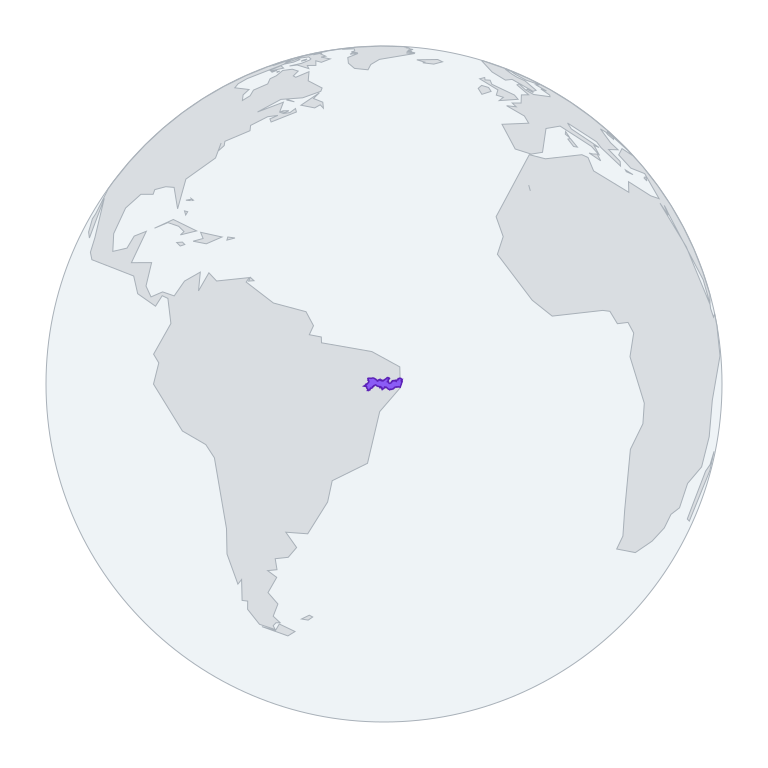 the Earth from above Pernambuco
{"feature_id": "BRA-1313", "entity_name": "Pernambuco", "entity_type": "State", "adm_level": 1, "iso_a3": "BRA", "parent_name": "Brazil", "parent_adm1": "", "projection": "orthographic", "projection_center": [-37.928, -8.379], "detail": "fine", "context": "on_globe", "style": "filled", "palette": "violet", "viewbox_px": 768, "rotation_deg": 0, "n_neighbors": 0, "source": "natural_earth", "source_scale": "10m", "svg_char_len": 11297}
<svg xmlns="http://www.w3.org/2000/svg" viewBox="0 0 768 768"><circle cx="384" cy="384" r="338" fill="#eef3f6" stroke="#a8b0b8"/><path d="M268.4,66.5L269.0,66.5L277.4,63.7L273.1,65.6L283.6,62.0L285.8,60.9L291.2,59.2L296.4,57.9L291.8,59.6L288.6,60.5L290.0,60.4L285.5,62.0L290.6,60.4L284.5,63.4L298.2,58.7L299.7,59.6L293.6,62.1L284.3,64.1L247.2,78.6L238.2,83.7L234.8,87.8L249.0,89.5L243.1,94.9L242.4,100.5L250.1,95.8L253.5,90.1L267.7,83.9L270.1,78.7L276.3,75.8L282.7,70.5L292.3,69.2L298.2,71.1L293.3,75.9L295.7,77.3L309.0,71.7L308.2,80.8L322.1,88.0L320.8,91.3L302.7,97.8L280.9,99.4L257.5,112.0L283.4,102.2L279.6,112.1L283.4,113.5L289.9,112.6L295.5,108.5L296.4,112.0L271.1,122.0L269.9,118.9L277.9,115.4L267.7,116.7L250.6,125.4L250.0,130.7L224.9,141.3L224.2,145.6L218.3,150.9L221.1,143.0L215.5,158.0L185.9,179.1L177.6,208.8L174.1,187.4L165.8,186.7L154.8,189.6L153.1,194.3L140.9,194.3L125.6,208.0L113.7,233.6L112.8,251.4L127.0,248.1L134.2,236.1L146.3,231.3L131.4,262.7L151.6,262.6L146.0,286.0L151.0,296.9L162.6,291.9L174.2,295.9L184.5,281.1L200.3,272.1L198.5,290.9L208.9,272.8L216.6,281.0L249.2,277.6L246.2,282.1L273.4,303.0L306.0,311.7L313.5,325.7L309.3,334.7L321.3,337.0L321.5,342.8L371.9,351.6L399.8,366.9L400.3,387.7L379.7,411.6L367.5,463.3L332.2,480.7L327.6,502.0L307.7,533.8L285.8,532.2L296.6,547.5L288.2,557.3L275.2,558.7L277.0,569.7L267.6,570.6L276.7,577.4L268.0,592.6L277.9,604.0L273.2,616.2L280.1,622.7L275.9,622.8L273.2,625.7L275.2,629.5L259.5,624.3L247.6,609.3L247.7,601.1L242.1,600.4L241.6,579.5L237.9,584.1L227.0,554.0L226.5,528.6L214.4,457.8L205.8,444.6L182.4,431.0L153.5,384.1L158.8,362.9L153.6,354.2L170.9,323.5L167.9,298.4L162.2,295.7L155.5,306.2L137.7,293.7L133.7,276.0L91.9,259.7L90.4,252.3L94.9,237.7L104.3,198.3L89.4,238.0L88.6,232.0L92.4,218.8L95.7,213.8L105.6,194.1L108.1,189.0L113.4,181.6L128.8,162.5L145.5,144.6L163.4,128.0L182.5,112.7L202.7,98.8L223.8,86.5L245.8,75.7L268.4,66.5ZM173.3,219.5L196.6,230.9L180.4,234.9L184.0,231.6L178.7,226.3L167.9,222.6L154.5,228.2L173.3,219.5ZM190.2,200.6L185.9,200.2L190.5,199.4L190.2,200.6ZM277.0,71.7L279.8,71.1L277.1,72.4L277.0,71.7ZM277.2,70.2L272.1,72.2L271.5,71.8L274.6,70.6L277.2,70.2ZM283.6,68.1L270.9,70.9L269.9,70.4L280.9,65.7L283.6,68.1ZM284.3,61.3L282.1,62.3L279.2,62.9L284.3,61.3ZM284.4,61.1L281.1,62.2L276.5,63.6L284.4,61.1ZM302.2,56.1L302.6,56.0L298.3,57.1L293.1,58.6L289.2,59.7L291.5,59.0L302.2,56.1ZM299.8,56.8L306.9,55.0L309.4,54.5L297.2,57.6L299.8,56.8ZM322.1,53.2L317.3,53.8L319.4,53.0L322.1,53.2ZM311.3,54.0L309.4,54.4L308.6,54.6L311.3,54.0ZM318.9,52.4L318.5,52.5L326.9,51.2L325.3,51.7L312.1,53.8L314.0,53.4L318.9,52.4ZM287.9,635.9L261.9,626.6L275.5,630.5L279.3,624.0L295.0,631.5L287.9,635.9ZM301.5,619.0L309.3,615.2L312.7,617.0L308.2,620.1L301.5,619.0ZM709.9,294.5L710.0,303.7L703.2,279.8L668.5,213.7L665.5,207.5L665.0,206.7L664.2,205.4L668.4,215.3L660.0,203.2L686.3,246.8L693.9,265.5L710.2,304.9L710.5,308.2L713.5,317.1L714.6,313.9L716.9,325.8L720.0,355.7L712.3,400.3L709.2,436.7L701.6,466.9L687.6,483.4L679.5,507.8L671.0,514.3L664.3,527.9L652.1,541.1L635.3,552.6L616.7,549.0L622.9,536.1L624.7,509.9L630.4,449.3L642.9,423.8L644.3,403.2L630.0,356.7L633.7,333.0L628.0,322.4L617.4,323.7L609.9,311.3L602.7,310.4L552.2,316.1L532.2,300.2L497.4,254.3L503.2,236.6L496.1,216.7L529.3,154.7L545.4,158.8L581.9,154.7L588.0,157.5L593.6,170.9L628.8,192.3L628.5,181.7L650.7,195.8L659.1,198.7L644.7,173.6L630.8,168.1L618.7,154.9L622.0,148.6L632.7,155.6L628.3,150.8L613.4,137.4L607.5,131.0L607.2,132.4L613.5,137.7L613.5,139.3L607.8,134.6L605.9,132.2L600.4,128.9L610.6,142.8L618.1,149.8L608.6,149.5L620.1,161.4L620.5,166.0L601.1,147.7L596.6,141.8L567.5,123.0L571.3,128.9L599.1,147.5L594.1,145.5L599.5,155.4L591.5,146.4L560.1,126.1L546.0,128.5L542.5,152.3L531.2,154.1L515.2,149.0L502.0,124.3L528.7,123.2L524.4,116.0L506.6,105.7L516.2,106.8L512.2,103.0L521.1,103.0L521.4,94.9L528.6,94.8L517.0,84.9L519.1,83.9L525.4,89.8L533.6,94.5L550.0,96.7L549.7,95.1L540.8,88.9L546.5,91.0L535.8,84.8L539.4,84.8L526.0,80.1L515.3,74.3L511.1,71.4L505.1,69.1L511.9,74.1L516.8,77.1L524.9,80.8L536.1,90.3L533.0,91.3L512.1,79.4L505.4,80.1L492.1,72.0L481.9,61.0L483.4,61.0L506.3,69.0L528.5,78.6L550.1,89.7L570.7,102.4L590.4,116.5L609.1,131.9L626.6,148.7L642.8,166.7L657.7,185.8L671.2,205.9L683.2,227.0L693.7,248.8L702.6,271.4L709.9,294.5ZM528.7,185.1L530.3,190.7L530.3,190.8L528.7,185.1ZM250.3,277.3L254.0,280.7L248.6,281.1L250.3,277.3ZM176.7,242.5L182.4,242.1L184.8,244.5L180.2,246.0L176.7,242.5ZM227.8,237.0L235.0,238.0L226.9,240.1L227.8,237.0ZM200.6,232.3L222.0,237.0L206.3,243.8L193.1,241.2L203.1,238.5L200.6,232.3ZM184.5,210.9L187.7,211.7L185.7,215.0L184.5,210.9ZM193.5,200.2L192.0,200.6L191.1,198.4L193.5,200.2ZM281.0,111.5L283.1,110.8L289.0,110.7L284.9,112.6L281.0,111.5ZM322.8,102.2L323.4,108.2L320.2,104.8L314.7,107.9L301.0,105.2L319.4,92.8L313.5,98.5L322.8,102.2ZM287.9,99.6L294.4,101.8L286.5,100.0L287.9,99.6ZM481.6,85.4L488.6,87.5L491.1,91.4L481.9,94.3L478.2,88.4L481.6,85.4ZM497.9,89.9L479.7,78.8L484.7,77.5L485.0,79.9L490.1,80.2L491.9,84.3L514.4,95.0L518.1,99.3L499.2,100.6L503.4,97.3L496.3,95.1L497.9,89.9ZM424.6,62.1L416.8,59.8L437.7,59.5L442.5,61.8L433.8,64.1L422.8,62.8L424.6,62.1ZM305.5,60.2L301.1,61.2L302.4,60.4L307.1,59.0L305.5,60.2ZM319.7,53.5L325.7,56.2L321.1,57.1L330.2,58.9L321.4,62.3L315.8,60.8L315.9,65.4L307.3,65.5L308.8,68.6L297.2,65.0L289.5,66.0L301.4,63.4L309.7,60.0L310.9,58.9L308.7,56.9L296.3,58.6L302.4,56.4L310.1,54.5L314.1,53.7L308.8,55.2L317.9,53.2L313.3,54.8L319.7,53.5ZM404.6,46.7L401.7,46.6L404.0,46.7L404.6,47.0L409.3,47.8L405.9,47.8L409.2,48.2L409.7,48.8L413.1,49.5L408.1,50.1L411.9,51.2L407.3,50.9L415.2,52.9L407.1,51.8L406.9,53.1L414.8,53.5L379.4,59.4L370.8,64.5L368.0,69.8L354.5,68.4L348.4,63.2L347.8,57.5L358.0,53.5L350.1,54.2L352.6,52.7L357.8,52.8L351.3,51.9L354.8,50.9L354.2,48.8L342.6,49.3L342.1,49.0L348.4,48.3L343.5,48.6L355.0,47.4L354.9,47.3L356.7,47.2L380.7,46.1L404.6,46.7ZM344.5,48.4L343.1,48.6L329.3,50.7L322.1,51.8L325.8,51.1L330.4,50.4L330.6,50.3L330.8,50.3L344.5,48.4ZM589.1,153.0L592.8,154.0L597.2,154.1L600.7,160.8L589.1,153.0ZM567.9,139.1L570.3,138.5L577.4,147.1L573.6,146.5L567.9,139.1ZM565.6,131.5L569.9,137.9L565.3,134.1L565.6,131.5ZM527.1,89.3L529.0,88.9L531.5,90.5L533.3,92.6L527.1,89.3ZM645.8,177.0L646.9,181.0L644.1,178.1L644.3,177.2L645.8,177.0ZM625.4,169.9L633.0,174.6L626.3,171.7L625.4,169.9ZM709.9,470.5L689.3,521.1L687.3,519.0L693.5,502.6L705.6,471.1L710.1,464.6L714.1,451.3L709.9,470.5Z" fill="#d9dde1" stroke="#a8b0b8" stroke-width="1"/><path d="M401.7,379.1L401.9,379.2L402.1,379.3L402.2,379.6L402.1,380.0L402.1,379.9L402.0,379.7L402.0,379.9L401.8,379.6L401.9,380.0L401.7,380.2L401.6,380.3L401.8,380.2L401.7,380.4L401.7,380.7L401.8,380.7L402.0,380.8L402.0,381.2L402.2,381.3L402.1,381.6L402.0,382.2L401.9,382.3L401.8,382.2L401.6,382.0L401.7,382.4L401.8,382.4L401.7,382.9L401.5,383.1L401.4,383.4L401.4,383.7L401.4,383.9L401.4,384.0L400.9,385.2L400.7,385.7L400.7,385.8L400.6,386.2L400.3,386.6L400.2,387.2L399.9,387.1L399.3,387.0L398.8,387.0L398.4,386.9L398.3,386.7L398.2,386.7L397.5,386.9L397.0,387.2L396.9,387.2L396.5,387.1L396.4,387.1L396.4,386.9L395.9,387.0L395.4,387.1L395.2,387.1L394.8,387.3L394.7,387.4L394.5,387.5L394.5,387.8L393.8,388.2L393.7,388.5L393.2,388.9L392.6,388.9L391.8,389.4L391.4,389.3L390.3,389.2L390.1,389.3L389.8,389.8L389.7,389.7L389.4,389.5L389.3,389.4L388.7,389.3L388.3,389.1L387.1,387.9L386.9,387.8L386.6,387.7L386.4,387.3L386.1,387.4L385.7,387.6L385.4,387.5L385.3,387.2L385.2,387.0L385.0,386.9L384.9,386.9L384.7,387.0L384.7,387.5L384.0,388.2L383.8,388.5L383.6,388.6L383.1,388.8L382.8,389.0L382.7,389.2L382.5,389.4L382.2,389.6L382.1,389.4L381.9,388.8L381.9,388.7L381.8,388.4L381.7,388.3L381.8,388.2L381.7,388.1L381.9,388.0L381.9,387.7L381.7,387.6L381.4,387.8L381.2,387.9L380.8,387.7L380.6,387.4L380.8,387.0L380.9,386.9L380.8,386.7L380.5,386.6L380.3,386.7L380.1,386.8L380.1,387.1L380.1,387.4L380.0,387.5L379.9,387.6L379.5,386.9L379.5,386.7L379.1,386.6L378.9,386.4L378.6,386.3L378.4,386.4L378.1,386.4L377.9,386.4L377.6,386.1L377.1,386.0L376.9,385.9L376.7,385.8L376.4,385.6L376.2,385.2L375.9,385.0L375.6,384.9L375.4,384.9L374.2,385.6L373.8,385.6L373.7,385.7L373.7,385.8L373.8,386.2L373.8,386.3L373.7,386.4L373.4,386.5L373.1,386.6L372.7,386.6L372.5,386.8L372.7,387.2L372.6,387.5L372.1,387.9L371.6,388.1L371.3,388.3L371.0,388.3L370.9,388.2L370.7,388.1L370.3,388.3L370.1,389.4L370.0,389.6L370.0,389.8L369.8,389.9L369.6,389.8L369.3,390.0L369.2,390.1L368.9,390.2L368.8,390.4L368.7,390.5L368.3,390.6L368.0,390.5L367.8,390.4L367.5,390.4L367.6,390.2L367.8,390.0L367.9,389.8L367.9,389.5L367.8,389.2L367.5,388.9L367.2,388.7L366.9,388.2L366.7,387.9L366.7,387.6L366.7,387.3L366.8,387.0L366.7,386.8L366.5,386.7L366.4,386.8L366.3,386.7L366.2,386.6L366.1,386.4L365.7,386.5L365.5,386.4L365.5,386.1L365.4,386.0L365.2,386.0L364.8,386.1L364.6,386.2L364.4,386.2L364.2,386.2L363.9,386.1L364.5,385.8L364.9,385.6L365.0,385.5L365.2,385.1L365.6,384.9L365.7,384.7L365.9,384.5L365.9,384.3L366.1,384.3L366.4,384.3L366.5,384.4L366.7,383.9L366.8,383.9L367.0,384.0L367.2,383.7L367.4,383.6L367.5,383.3L367.9,383.0L368.3,382.6L368.5,382.4L368.7,382.0L368.8,381.3L368.8,380.9L368.7,380.8L368.5,380.6L368.1,380.5L368.0,380.4L368.1,380.2L368.3,379.9L368.3,379.7L368.2,379.5L368.1,379.4L367.9,379.0L367.8,378.8L367.9,378.4L368.1,378.3L368.7,378.2L370.3,378.2L370.9,378.4L371.0,378.4L371.5,378.3L372.3,378.0L372.8,378.0L373.9,378.1L374.0,378.2L374.6,378.7L375.0,378.8L375.3,379.0L375.7,379.1L375.8,379.2L375.9,379.6L376.2,379.8L376.8,380.1L377.1,380.3L377.3,380.9L377.7,380.7L377.9,380.9L378.2,380.4L378.5,380.0L378.8,379.8L379.0,379.7L379.2,379.8L379.3,379.6L379.5,379.5L379.8,379.9L380.0,380.0L380.1,379.9L380.1,380.0L380.2,380.3L380.4,380.3L380.5,380.4L381.0,380.2L381.1,380.3L381.3,380.1L381.5,380.0L381.8,380.5L381.8,380.8L382.1,380.9L382.2,380.7L382.3,380.7L382.5,380.7L382.7,380.4L382.8,380.4L382.9,380.6L383.1,380.7L383.2,380.3L383.4,380.3L383.7,380.4L383.8,380.4L384.0,380.3L384.2,379.9L384.3,379.8L384.8,379.6L385.0,379.5L385.1,379.3L385.3,379.1L385.9,378.8L386.2,378.7L386.4,378.4L386.6,378.2L386.9,377.9L387.0,378.0L387.2,377.9L387.4,377.6L387.9,377.5L388.1,377.6L388.6,377.9L388.8,378.0L389.0,378.2L389.3,378.2L389.3,378.3L389.3,378.5L389.5,378.7L389.4,378.8L388.8,379.1L388.5,379.1L388.3,379.3L388.2,379.4L388.2,379.7L388.4,380.2L388.4,380.4L388.4,380.5L388.1,380.7L388.0,380.9L387.7,381.3L387.4,381.5L387.4,381.8L387.5,381.8L387.7,381.7L387.9,381.7L388.2,381.5L388.5,381.6L388.6,381.8L388.5,382.0L388.7,382.8L389.0,383.1L389.3,383.2L389.4,383.4L389.6,383.4L389.8,383.4L390.2,383.1L390.4,383.1L390.7,383.1L390.8,383.0L391.0,382.8L391.1,382.6L391.4,382.5L391.6,382.3L391.6,382.1L391.4,381.9L391.6,381.6L391.9,381.5L391.9,381.4L392.4,381.3L392.5,381.3L392.6,381.2L392.8,381.1L392.9,380.9L392.8,380.7L393.3,380.7L393.7,380.8L393.8,380.7L394.0,380.5L394.3,380.7L394.6,380.5L394.8,380.5L394.9,380.8L395.4,380.7L395.5,380.7L395.7,380.9L395.7,380.7L395.8,380.6L396.0,380.7L395.9,380.4L395.9,380.2L396.0,380.2L396.0,380.3L396.4,380.3L397.0,380.1L397.5,379.9L397.9,379.8L397.9,379.6L398.1,378.8L398.2,378.6L398.6,378.6L398.8,378.7L399.3,378.3L399.5,378.2L399.8,378.2L400.2,378.3L400.5,378.3L400.9,378.4L401.1,378.7L401.2,378.9L401.6,379.0L401.7,379.1ZM402.0,380.1L402.1,380.3L402.0,380.7L401.8,380.7L401.8,380.4L401.9,380.2L402.0,380.1Z" fill="#8b5cf6" stroke="#5b21b6" stroke-width="1.5"/></svg>